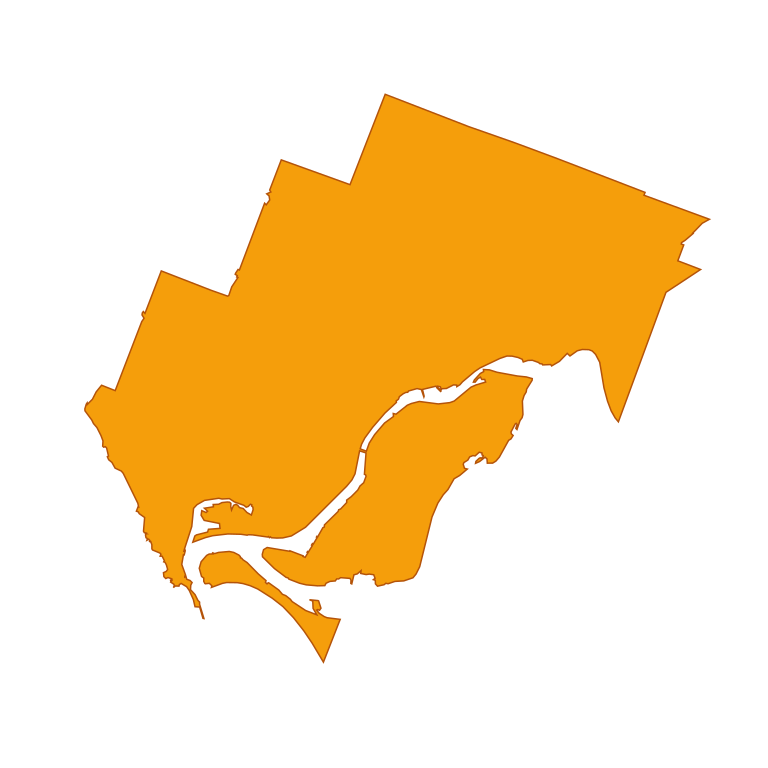 the district of Newcastle, New South Wales, Australia, rotated 101°
{"feature_id": "25037944B69528063359333", "entity_name": "Newcastle", "entity_type": "district", "adm_level": 2, "iso_a3": "AUS", "parent_name": "Australia", "parent_adm1": "New South Wales", "projection": "albers", "projection_center": [151.75, -32.876], "detail": "fine", "context": "isolated", "style": "filled", "palette": "amber", "viewbox_px": 768, "rotation_deg": 101, "n_neighbors": 0, "source": "geoboundaries", "source_scale": "gbopen_adm2", "svg_char_len": 6157}
<svg xmlns="http://www.w3.org/2000/svg" viewBox="0 0 768 768"><g transform="rotate(101 384 384)"><path d="M115.2,349.9L99.4,438.1L194.8,455.4L183.6,527.6L215.4,533.2L217.1,531.7L219.7,535.4L221.3,532.7L225.2,531.3L230.6,533.8L229.3,535.7L299.7,547.7L299.4,549.1L303.5,550.8L304.7,551.0L305.6,548.7L307.1,549.0L307.3,547.7L317.7,552.0L326.6,553.2L327.6,554.2L325.0,571.6L315.5,624.2L360.3,632.1L358.8,634.1L360.3,634.8L362.4,634.7L365.2,632.1L369.0,633.7L441.8,646.6L439.1,661.0L446.6,665.0L454.6,667.3L460.6,671.3L459.2,671.8L460.6,672.4L465.5,672.9L467.4,672.4L475.1,664.0L478.3,661.6L481.5,657.5L488.6,652.0L493.5,649.0L498.7,648.3L499.5,647.1L498.7,645.6L499.7,644.1L507.3,640.7L508.2,641.7L510.9,639.8L512.9,636.1L517.9,631.9L519.6,625.2L521.5,622.9L548.0,602.9L551.6,601.4L551.5,602.0L556.1,602.8L556.4,600.9L558.0,599.5L560.7,593.5L574.4,592.0L575.6,591.0L575.7,589.0L576.2,589.3L576.4,588.5L576.7,589.4L578.1,589.2L580.3,588.3L580.9,586.7L582.6,586.9L581.3,585.3L582.3,584.0L583.3,584.1L583.6,583.1L582.7,583.2L586.1,581.2L590.1,580.4L591.1,579.5L592.7,571.7L593.6,570.5L595.7,570.9L595.4,568.9L599.3,565.9L600.6,566.3L600.8,564.9L603.1,563.1L607.3,561.0L609.5,562.0L611.3,564.5L615.1,563.3L616.6,561.1L615.2,559.1L615.7,555.1L616.4,554.9L617.3,556.1L617.8,555.9L617.5,554.8L619.2,555.6L620.7,552.0L622.1,551.4L624.0,551.9L622.1,550.3L621.5,546.7L619.9,546.6L618.5,545.1L620.6,539.1L623.9,535.7L632.0,530.0L638.7,527.0L638.1,522.4L648.6,517.0L648.6,516.0L635.4,523.0L633.3,523.4L631.9,525.4L626.8,529.3L622.8,534.7L618.4,535.3L615.5,534.5L613.9,536.9L613.3,540.4L610.9,541.6L611.6,542.7L610.6,542.9L610.4,541.9L609.3,542.4L599.7,548.1L589.9,548.3L589.9,547.5L585.6,547.3L584.8,547.7L586.3,547.8L586.4,548.5L584.2,548.4L560.6,545.5L542.4,547.2L538.1,544.5L532.5,538.0L527.7,524.4L527.8,521.1L526.0,513.9L528.3,508.3L529.8,498.4L531.2,495.8L530.1,493.9L527.5,492.2L527.8,490.7L529.0,490.7L529.9,489.2L532.4,488.5L537.9,489.2L536.3,494.0L533.1,498.4L532.9,502.2L530.9,504.6L530.4,506.4L531.8,508.5L536.8,509.6L533.3,511.1L530.4,511.5L529.5,513.0L529.7,515.2L531.3,520.4L533.6,523.4L534.9,528.7L537.1,528.0L540.2,536.6L542.5,532.9L544.1,534.1L543.1,538.7L547.7,538.5L552.2,534.5L552.3,518.9L557.0,517.4L560.1,528.6L563.0,528.9L567.9,539.3L569.3,540.7L575.8,541.5L568.8,529.9L565.6,523.2L561.0,508.7L558.8,495.7L558.5,489.5L557.8,488.2L557.2,484.3L556.4,469.0L555.8,468.4L556.7,467.2L555.7,466.3L556.4,465.2L555.7,459.9L554.4,454.0L550.8,445.9L539.6,433.7L491.4,401.1L484.3,397.2L477.7,395.3L454.3,395.2L455.1,388.5L476.4,386.0L476.7,384.7L478.0,384.0L484.8,385.1L488.5,388.0L493.1,389.5L500.9,394.7L505.1,398.5L507.5,398.0L514.9,402.7L516.1,404.5L517.9,404.7L533.7,415.6L535.8,415.3L536.7,416.6L546.6,419.9L546.3,420.8L547.2,421.1L547.5,420.3L554.7,422.9L554.3,423.8L556.0,424.4L556.4,423.5L563.4,426.2L563.0,427.1L563.9,427.4L564.3,426.5L569.2,428.3L568.7,430.7L568.1,430.6L565.7,444.5L566.2,444.5L566.8,467.5L569.6,470.6L574.4,471.0L576.8,470.3L586.1,456.3L592.5,443.2L592.6,441.3L593.7,440.1L595.7,428.8L596.0,422.0L594.8,410.7L593.2,403.6L590.7,402.9L589.3,401.1L588.1,399.4L586.6,394.2L584.4,393.3L584.0,391.3L582.4,389.7L581.3,380.3L582.8,379.0L586.1,378.5L586.4,377.5L577.0,377.1L575.5,374.0L571.6,370.9L574.4,370.7L574.5,365.2L573.4,362.2L573.2,357.7L576.4,355.7L578.1,357.1L578.3,355.1L581.8,354.3L583.7,351.8L581.0,345.6L579.3,344.2L579.3,341.9L575.7,335.6L573.5,327.0L568.7,318.6L564.5,316.3L556.6,314.1L505.4,311.5L490.6,308.4L481.4,304.7L475.4,301.1L463.6,297.1L459.4,292.3L451.6,286.0L451.4,288.9L447.7,290.9L445.9,290.6L442.7,287.2L439.2,286.0L437.3,283.1L437.2,280.8L432.8,277.5L433.0,274.7L434.9,274.2L435.3,272.9L436.5,272.9L438.2,274.2L438.1,275.5L438.9,276.5L442.4,279.0L444.4,279.0L441.9,275.4L436.6,270.8L437.9,268.6L442.0,267.5L440.9,262.2L438.3,259.4L433.7,256.8L415.5,250.9L413.7,248.9L409.9,247.4L408.7,249.4L406.9,250.2L398.3,247.6L397.4,246.8L398.3,245.6L402.4,246.2L403.3,244.8L393.9,243.5L390.7,242.0L387.4,241.8L374.3,244.9L368.6,244.3L364.7,242.9L361.8,243.0L352.1,239.3L350.4,239.5L349.9,245.6L350.7,254.8L350.9,275.3L350.0,283.3L350.8,289.2L352.8,288.5L355.3,291.5L362.8,296.1L365.1,296.6L364.8,294.9L360.8,292.8L358.8,290.6L360.9,288.9L360.3,286.0L362.7,284.6L367.3,293.4L370.5,298.0L387.3,311.8L389.7,315.8L393.2,326.9L394.4,346.0L397.9,353.4L400.4,357.1L411.3,366.4L411.2,369.3L414.1,368.5L422.2,376.0L435.4,383.5L444.8,387.2L453.3,388.5L452.2,395.0L447.3,394.5L440.6,392.5L428.7,386.9L412.3,377.5L399.7,368.3L398.3,368.8L396.2,366.9L393.5,366.5L390.0,363.4L388.1,361.0L387.6,359.1L386.2,358.6L382.2,350.7L382.3,346.3L389.1,342.4L388.3,342.3L382.0,345.2L376.2,332.5L377.7,331.3L380.9,326.5L378.6,327.9L377.2,330.7L375.9,330.8L376.0,328.1L378.5,326.6L377.6,326.3L376.5,321.9L371.6,315.6L371.2,312.4L372.7,312.0L370.2,309.3L366.9,307.4L354.5,297.4L349.8,292.7L336.8,275.1L333.1,268.7L332.2,263.6L332.4,257.4L333.4,253.0L335.8,251.5L333.4,247.2L332.4,242.9L333.4,236.4L334.3,235.0L334.1,232.7L335.0,231.9L333.1,224.1L334.3,222.9L328.3,216.1L319.0,210.0L321.0,206.8L314.5,200.6L312.3,196.0L311.2,189.4L311.9,185.8L314.6,181.9L321.5,176.4L345.9,167.3L358.2,161.3L367.0,155.9L373.2,150.6L376.4,146.7L240.2,124.7L211.2,95.1L207.0,119.1L190.3,116.3L189.9,118.9L188.4,118.9L185.7,116.0L177.3,109.3L177.1,109.8L165.5,102.3L160.2,96.0L149.1,164.8L146.1,164.3L129.8,256.2L122.3,301.5L115.2,349.9ZM623.4,382.1L624.3,395.3L623.7,398.4L621.5,403.7L618.8,407.0L618.0,406.0L618.4,404.1L616.1,403.1L609.4,406.8L609.2,407.5L610.0,416.0L610.7,412.5L617.8,410.8L623.4,405.9L621.3,417.7L615.1,432.7L613.2,434.8L610.5,440.0L609.8,443.6L606.3,448.0L601.3,458.9L601.2,459.7L602.5,460.7L601.4,462.5L599.5,462.3L594.4,471.2L585.4,484.3L583.5,488.8L582.0,490.7L582.1,491.7L580.8,492.1L579.6,493.8L578.0,499.3L577.9,503.9L580.9,514.3L582.6,517.5L582.8,519.0L582.0,520.3L583.4,519.4L584.3,523.2L586.1,525.4L593.4,529.6L600.1,530.2L607.7,526.4L608.9,523.9L612.1,523.3L613.9,521.9L614.2,521.3L613.0,517.4L614.9,514.5L616.6,514.6L610.5,504.5L608.9,500.6L607.0,490.1L606.8,484.3L607.5,477.0L609.3,468.9L615.6,452.8L621.8,440.7L630.7,428.2L641.7,415.5L652.2,405.0L668.6,390.4L623.4,382.1Z" fill="#f59e0b" stroke="#b45309" stroke-width="1.5"/></g></svg>